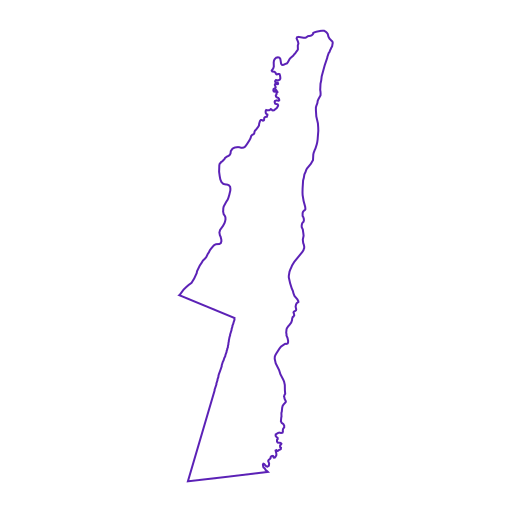 outline of Maxixe, Inhambane, Mozambique
{"feature_id": "85939544B37735984540105", "entity_name": "Maxixe", "entity_type": "district", "adm_level": 2, "iso_a3": "MOZ", "parent_name": "Mozambique", "parent_adm1": "Inhambane", "projection": "robinson", "projection_center": [35.32, -23.871], "detail": "fine", "context": "isolated", "style": "outline", "palette": "violet", "viewbox_px": 512, "rotation_deg": 0, "n_neighbors": 0, "source": "geoboundaries", "source_scale": "gbopen_adm2", "svg_char_len": 6005}
<svg xmlns="http://www.w3.org/2000/svg" viewBox="0 0 512 512"><path d="M187.9,481.3L223.7,477.2L267.9,471.9L267.3,471.3L265.6,470.0L265.3,469.4L264.6,468.2L263.6,467.6L263.3,467.0L263.1,466.0L262.9,464.8L263.0,464.3L263.4,463.7L264.2,464.0L265.8,465.9L267.3,466.7L268.7,465.9L268.8,465.3L269.0,465.1L269.1,463.4L268.2,461.1L268.2,460.9L268.7,459.9L269.9,459.0L270.5,458.3L270.6,457.2L271.4,456.2L272.5,455.9L273.1,456.0L273.4,456.4L273.5,457.3L273.9,457.7L274.8,457.6L275.4,456.9L276.2,455.5L276.4,454.9L276.3,453.5L275.6,450.5L276.4,450.1L277.5,451.0L278.2,450.7L279.1,449.9L280.0,449.6L280.8,449.1L281.0,447.7L280.2,447.2L280.0,445.8L280.3,445.0L281.0,444.6L281.4,443.8L280.6,442.9L277.7,442.6L277.0,441.6L277.0,439.8L277.7,439.1L277.7,438.0L276.6,437.1L275.6,435.8L275.7,434.4L278.2,432.9L279.4,432.6L281.0,433.0L282.5,432.7L282.9,431.7L282.8,430.1L283.2,428.6L284.2,427.4L284.2,425.6L283.3,424.0L281.7,422.9L280.9,421.3L281.3,417.1L281.5,416.8L281.4,413.0L281.8,411.5L282.2,407.6L282.7,405.7L283.8,404.2L285.2,402.7L285.8,401.9L285.8,401.2L284.8,399.3L284.4,398.1L284.4,397.5L284.0,396.5L284.6,394.7L285.2,393.8L284.9,390.4L284.8,385.0L284.1,381.7L283.3,379.8L280.4,374.2L279.1,370.1L275.7,363.3L274.7,358.8L274.8,356.7L275.3,355.3L276.3,353.5L279.5,348.5L281.0,346.6L283.9,344.6L285.2,343.8L286.6,343.9L287.7,343.4L288.1,342.2L288.1,340.7L287.5,337.9L286.5,335.6L286.5,334.2L286.2,332.7L286.5,329.5L286.8,328.4L288.2,326.3L289.3,325.1L291.2,322.6L292.0,320.3L292.2,318.5L292.7,317.0L293.4,316.7L293.8,315.9L294.2,315.5L294.2,315.2L294.0,313.9L293.5,312.5L293.8,311.7L294.9,311.1L296.0,310.3L296.2,309.3L295.6,306.7L296.0,304.6L296.7,303.2L298.4,302.0L298.3,301.1L297.9,300.5L297.5,299.5L294.5,296.0L293.9,294.5L293.3,292.8L293.0,291.3L291.7,288.3L290.1,283.2L288.8,277.4L288.8,275.9L289.5,271.7L290.3,269.5L291.2,267.6L292.1,265.4L294.3,261.8L302.3,252.0L303.4,250.3L303.8,249.0L304.2,248.0L304.2,246.5L303.8,244.7L303.2,243.0L302.8,239.6L303.6,235.8L303.4,233.8L302.8,229.5L301.7,227.1L301.7,225.3L302.1,223.5L302.7,222.5L303.5,221.8L303.9,220.4L303.8,218.8L303.3,217.1L302.6,216.0L302.6,213.1L303.0,211.8L303.9,210.7L305.1,209.8L305.4,209.1L305.2,206.9L303.6,201.0L302.6,195.0L302.5,192.3L302.6,188.3L303.1,180.4L303.8,177.9L304.4,174.4L305.6,171.8L306.1,170.2L306.9,168.6L310.8,163.9L313.0,160.1L313.3,154.4L313.7,152.7L314.8,149.8L315.4,148.6L316.7,144.5L317.2,142.4L317.6,139.7L318.3,130.8L318.2,127.4L317.9,123.3L316.3,116.4L315.9,110.2L315.9,107.4L316.5,105.3L316.8,104.7L317.4,103.0L317.7,100.8L318.6,98.8L320.5,95.4L320.6,93.9L320.5,91.9L320.2,89.9L320.5,83.7L321.2,80.5L321.7,76.3L324.7,65.3L327.3,57.6L327.3,57.1L328.7,53.0L329.4,52.2L330.4,49.6L330.9,48.8L331.2,47.9L332.1,46.4L332.7,43.0L332.6,42.1L332.2,41.3L331.2,40.5L330.6,39.7L329.6,38.8L328.4,36.6L328.1,35.3L327.7,33.9L326.8,32.7L325.7,31.7L324.0,30.7L321.0,30.8L316.5,31.7L314.3,32.4L313.2,33.0L313.1,33.9L312.2,34.9L311.3,35.5L310.0,35.9L308.1,36.1L305.7,37.7L303.9,37.8L298.4,36.9L297.0,37.3L296.6,38.5L297.9,41.4L298.4,43.5L297.8,45.5L297.9,49.4L297.2,50.7L296.8,51.0L295.1,53.5L294.2,54.3L293.3,55.6L290.5,58.0L289.5,59.2L288.0,62.0L287.0,63.4L285.2,64.0L283.8,64.7L282.7,65.0L281.9,64.8L281.1,63.7L280.6,60.5L280.3,58.9L279.6,57.9L279.0,57.5L277.8,57.3L277.6,57.5L276.3,57.6L275.1,58.7L274.6,59.3L274.0,60.5L273.7,62.4L273.8,66.6L273.2,68.5L271.8,70.4L271.7,70.7L272.3,71.5L274.5,71.8L275.6,72.8L275.8,73.6L276.5,74.4L277.4,74.3L278.1,73.9L279.5,74.1L280.0,75.4L280.3,77.3L280.3,78.7L279.7,79.7L278.2,80.4L276.7,80.2L276.0,80.0L275.4,80.6L275.1,81.3L275.5,82.4L277.7,82.7L278.1,83.3L277.9,84.1L277.0,84.2L276.1,83.9L275.2,84.0L274.8,84.9L275.7,87.2L275.1,88.1L273.6,89.0L273.3,90.2L273.7,91.4L274.4,91.7L275.1,91.6L275.6,90.0L276.0,89.8L276.5,90.5L276.7,91.4L277.2,91.5L277.5,92.1L276.5,93.1L276.5,94.4L275.8,95.4L276.0,96.6L277.1,97.5L278.2,97.9L278.9,98.7L279.2,99.6L279.2,100.4L278.3,100.8L277.5,100.5L276.4,100.4L274.9,101.0L274.6,101.9L275.1,103.6L276.4,104.1L277.6,104.3L278.1,105.1L278.1,105.8L277.0,107.7L276.6,108.2L275.1,109.3L274.2,110.2L273.4,110.4L272.4,110.4L271.3,109.3L270.7,109.1L270.1,109.8L269.4,110.2L267.2,110.3L266.2,110.0L265.8,110.6L265.6,112.0L265.9,113.4L266.7,114.2L267.4,114.5L267.4,115.2L266.8,116.8L265.4,116.9L264.8,117.3L264.3,117.8L264.0,120.1L263.6,120.5L262.9,120.7L262.4,120.4L261.9,120.0L260.8,120.0L260.0,121.0L259.4,122.9L259.1,124.0L259.0,125.4L258.2,126.8L256.0,129.7L255.0,130.6L254.5,131.8L254.2,133.5L253.6,134.2L252.3,134.8L251.3,135.8L250.4,138.5L249.3,140.5L247.2,143.8L245.7,145.9L244.6,147.1L243.1,147.7L241.2,147.8L239.2,147.2L237.8,147.1L234.9,147.5L233.3,148.2L232.4,148.8L230.8,151.1L230.5,153.5L229.8,154.8L228.7,155.8L226.9,156.6L225.0,158.0L224.7,158.7L224.2,159.4L223.2,160.3L222.4,161.3L221.1,162.0L220.7,162.8L219.8,163.5L219.5,164.4L219.3,165.4L219.1,171.8L219.7,176.1L220.3,179.3L221.4,182.0L223.3,183.9L225.4,184.4L227.2,184.6L228.8,185.2L230.1,186.7L230.4,188.9L230.3,190.6L229.3,194.8L228.5,197.5L227.7,199.6L226.3,201.7L223.7,206.5L223.3,208.3L223.2,210.6L223.1,211.4L223.7,214.3L224.7,215.6L225.4,217.2L225.5,219.3L225.1,221.3L224.5,223.1L223.0,225.9L220.1,229.9L219.4,232.5L219.9,235.3L220.6,236.7L221.3,239.6L221.4,241.2L220.8,243.1L219.4,244.0L216.1,244.2L214.3,245.0L213.1,246.2L211.1,248.6L209.9,250.2L208.8,252.5L207.9,253.7L206.2,257.2L204.7,258.9L202.9,260.6L201.7,262.7L199.8,265.5L197.0,271.3L196.7,273.1L194.2,278.5L191.5,282.9L188.6,285.0L186.2,287.1L183.6,289.6L179.7,294.9L179.3,295.2L234.5,318.0L234.4,318.7L234.5,319.7L233.6,322.3L233.3,323.6L232.4,325.8L232.4,326.6L231.6,329.0L231.6,329.8L230.1,334.6L230.1,335.5L229.8,336.2L229.5,337.2L229.0,339.8L228.8,340.7L228.8,341.5L228.4,343.1L228.4,344.2L227.9,346.1L227.9,347.2L227.2,348.9L227.2,349.6L226.6,351.0L226.6,351.8L225.5,354.8L225.2,356.3L224.3,358.0L223.5,360.6L222.9,361.6L221.7,365.4L221.7,366.3L219.9,371.5L218.9,374.1L218.4,376.0L218.4,376.9L217.5,379.3L217.5,380.1L216.4,383.5L216.4,384.4L214.6,389.7L214.6,390.5L187.9,481.3Z" fill="none" stroke="#5b21b6" stroke-width="2"/></svg>